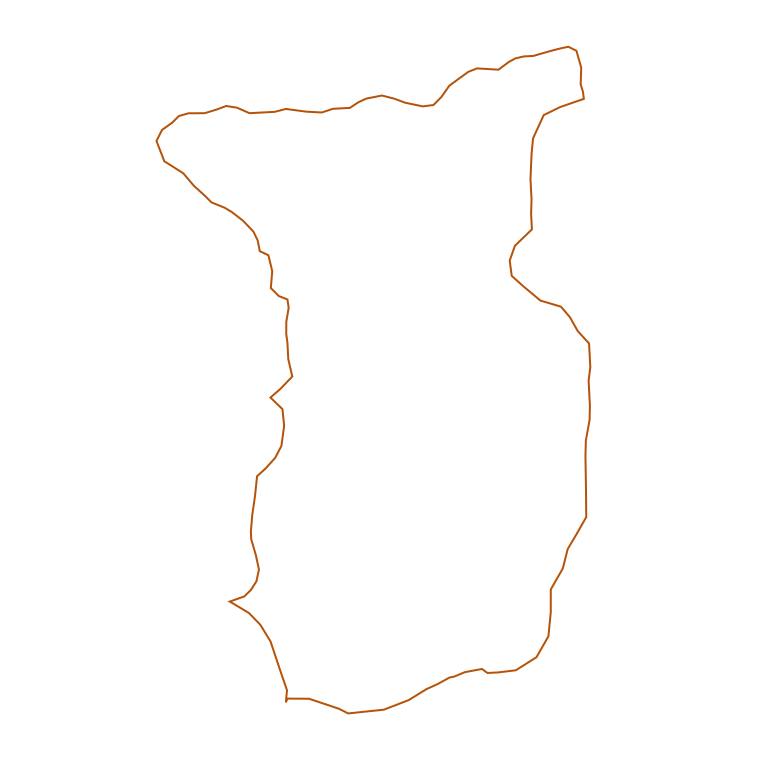 outline of Askeia, Cyprus, rotated 357°
{"feature_id": "46923920B6105070977728", "entity_name": "Askeia", "entity_type": "district", "adm_level": 2, "iso_a3": "CYP", "parent_name": "Cyprus", "parent_adm1": "", "projection": "mercator", "projection_center": [33.61, 35.152], "detail": "fine", "context": "isolated", "style": "outline", "palette": "amber", "viewbox_px": 768, "rotation_deg": 357, "n_neighbors": 0, "source": "geoboundaries", "source_scale": "gbopen_adm2", "svg_char_len": 1814}
<svg xmlns="http://www.w3.org/2000/svg" viewBox="0 0 768 768"><g transform="rotate(357 384 384)"><path d="M269.3,696.8L271.1,693.1L292.7,694.4L322.3,706.1L330.9,711.1L366.9,709.2L391.0,701.3L392.0,701.0L410.7,690.8L421.8,686.5L433.9,680.6L438.7,679.9L449.7,676.0L466.9,673.7L472.2,678.0L472.9,678.0L482.7,678.0L500.6,676.8L522.0,664.8L535.0,644.5L538.6,620.6L539.8,597.9L552.9,577.6L558.8,558.5L568.3,544.2L579.0,527.5L580.2,500.0L581.4,466.6L582.6,451.1L587.4,430.8L588.5,416.4L588.5,391.3L590.9,378.2L590.9,354.3L580.2,341.2L573.1,326.9L564.8,316.1L544.6,308.9L527.9,293.4L517.2,282.7L516.0,267.2L522.0,252.8L539.8,237.3L539.8,221.8L541.0,207.4L541.0,187.1L543.4,162.1L545.7,146.5L557.6,123.8L574.3,116.7L598.5,109.7L598.0,102.8L596.1,95.0L597.5,78.4L593.6,61.3L585.8,56.9L579.5,57.8L571.7,59.3L561.0,61.7L550.3,64.2L540.6,64.2L532.3,65.7L525.5,68.9L514.8,76.1L493.4,73.7L484.5,76.7L473.8,83.6L464.7,89.7L456.3,100.4L448.0,108.0L437.3,108.8L419.8,104.2L409.2,99.6L397.0,95.8L381.0,98.1L373.4,101.2L364.3,106.5L347.5,106.5L336.1,109.6L320.9,108.0L300.4,104.2L289.0,106.5L273.7,106.5L263.8,106.5L251.7,100.4L241.0,98.1L231.1,101.2L219.0,104.2L203.0,103.4L193.1,105.7L186.2,111.9L175.6,118.7L169.5,129.4L176.3,150.1L194.6,163.1L204.5,176.1L215.1,186.8L221.2,193.6L234.2,199.7L241.0,204.3L251.7,213.5L261.6,225.0L265.4,234.1L266.9,244.8L275.3,249.4L278.3,265.5L276.0,282.3L283.6,290.7L292.0,294.5L292.8,302.9L289.7,316.7L289.0,328.9L289.7,337.3L289.7,354.1L292.8,371.7L280.6,383.2L269.9,391.6L281.3,403.8L282.1,420.6L278.3,440.5L271.5,452.0L261.6,461.9L252.4,469.5L249.4,488.7L245.6,507.8L243.3,524.6L243.3,532.2L247.1,548.3L249.4,562.8L246.3,574.3L240.3,582.7L233.4,588.8L218.6,593.2L237.1,605.6L247.9,618.0L257.2,635.1L264.9,663.0L271.1,684.8L269.3,696.8Z" fill="none" stroke="#b45309" stroke-width="2"/></g></svg>